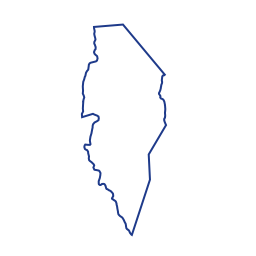 Dugard, Choiseul, Saint Lucia (Equal Earth projection), rotated 169°
{"feature_id": "8701671B45858620723076", "entity_name": "Dugard", "entity_type": "district", "adm_level": 2, "iso_a3": "LCA", "parent_name": "Saint Lucia", "parent_adm1": "Choiseul", "projection": "equal_earth", "projection_center": [-61.028, 13.805], "detail": "fine", "context": "isolated", "style": "outline", "palette": "blue", "viewbox_px": 256, "rotation_deg": 169, "n_neighbors": 0, "source": "geoboundaries", "source_scale": "gbopen_adm2", "svg_char_len": 5122}
<svg xmlns="http://www.w3.org/2000/svg" viewBox="0 0 256 256"><g transform="rotate(169 128 128)"><path d="M144.6,22.3L116.3,73.1L112.7,98.1L90.1,123.6L90.4,124.7L90.4,125.1L90.6,125.7L90.6,125.9L90.7,126.6L90.8,126.8L90.8,127.0L90.9,127.4L90.9,127.6L90.9,128.0L91.0,128.4L90.9,128.7L90.9,129.1L90.9,129.3L90.8,129.7L90.7,129.8L90.6,130.2L90.5,130.3L90.3,130.5L90.0,130.9L89.8,131.0L89.7,131.2L89.5,132.0L89.4,132.1L89.4,132.3L89.2,132.8L89.1,133.3L89.0,134.1L88.9,135.2L88.8,135.7L88.8,135.9L88.7,136.3L88.5,136.9L88.3,137.6L88.2,137.7L88.2,137.9L88.1,138.3L87.9,138.8L87.9,139.1L87.8,139.5L87.7,139.9L87.7,140.1L87.6,140.6L87.6,141.1L87.6,141.3L87.5,141.8L87.4,142.4L87.4,142.8L87.4,143.0L87.4,143.3L87.3,143.5L87.3,143.9L87.3,144.4L87.3,144.6L87.3,144.8L87.3,145.0L87.3,146.1L87.3,146.8L87.4,147.1L87.4,147.3L87.5,147.8L87.6,148.0L87.7,148.5L88.0,149.2L88.1,149.3L88.4,149.6L88.5,149.7L89.0,150.1L89.5,150.4L89.7,150.5L89.8,150.5L90.0,150.8L90.2,151.1L90.3,151.3L90.4,151.5L90.5,151.7L90.5,151.9L90.5,152.1L90.4,152.3L90.2,152.6L90.2,152.8L90.1,153.2L90.2,153.5L90.3,153.9L90.5,154.2L90.7,154.8L90.9,155.1L91.0,155.3L91.0,155.6L91.0,156.0L90.9,156.2L90.9,156.4L90.4,157.0L90.2,157.3L90.0,157.6L89.7,158.0L89.3,158.6L89.1,158.9L88.9,159.4L88.6,160.0L88.4,160.3L88.3,160.6L88.2,160.9L88.1,161.2L88.0,161.4L88.0,161.6L87.9,161.8L87.7,162.3L87.5,162.7L87.4,162.9L87.4,163.1L87.3,163.3L87.1,163.9L86.9,164.2L86.7,164.6L86.5,164.8L86.4,165.0L86.2,165.3L86.1,165.5L85.9,165.9L85.8,166.4L85.8,166.9L85.7,167.0L85.7,167.4L85.7,167.8L85.7,168.4L85.6,168.6L85.6,168.8L85.5,169.0L85.4,169.4L85.3,169.6L85.3,169.8L85.2,170.0L85.0,170.5L84.9,170.8L84.8,171.2L84.8,171.4L84.7,171.6L84.5,171.9L84.5,172.0L84.4,172.2L84.2,172.4L84.1,172.5L83.8,172.8L83.6,172.9L83.2,172.9L82.9,172.8L82.7,172.8L82.2,173.0L81.7,173.3L113.2,230.5L142.1,233.7L142.3,232.3L142.2,229.6L142.4,228.7L143.2,226.9L143.2,225.1L143.0,222.2L143.1,220.9L144.7,218.8L145.0,217.2L144.6,215.9L144.5,214.8L144.3,213.6L144.8,211.6L145.9,210.7L146.3,209.9L146.9,209.0L146.7,207.3L145.9,206.0L144.8,204.7L144.6,204.2L144.6,202.1L145.6,200.1L146.8,199.5L152.2,199.2L153.3,198.8L154.3,197.7L154.8,196.1L155.9,192.9L157.4,191.7L158.7,190.2L159.9,187.3L160.6,186.5L161.8,184.0L163.1,181.9L164.4,177.6L164.7,175.6L165.0,173.2L165.8,170.4L165.3,168.4L165.1,166.4L165.9,165.0L166.8,163.0L166.7,163.0L167.6,159.7L168.6,155.7L168.9,152.8L170.6,150.6L171.0,147.4L159.7,148.6L158.6,147.7L155.9,146.0L154.8,144.9L154.8,143.1L155.5,141.3L157.1,140.6L159.8,139.8L161.6,138.3L162.3,136.8L162.7,135.1L163.5,133.3L164.9,129.7L166.5,126.7L167.8,123.1L167.9,121.6L167.9,119.3L168.6,118.7L169.6,118.9L171.2,119.3L173.1,119.9L173.9,119.1L174.5,117.7L174.3,115.7L173.6,114.9L172.3,114.0L171.7,112.3L171.9,110.9L171.7,107.6L172.3,105.6L172.3,103.9L171.7,102.9L170.3,101.4L168.6,98.9L168.3,97.8L169.5,95.8L169.0,93.6L168.4,93.2L167.2,92.8L164.8,91.8L164.2,91.0L163.6,89.0L164.2,86.9L165.2,84.3L166.9,81.4L167.3,79.2L167.3,78.4L167.2,78.3L167.1,78.1L166.9,77.9L166.7,77.6L166.4,77.4L166.1,77.3L165.6,77.3L165.3,77.5L164.8,77.7L164.5,77.8L164.4,77.9L164.2,77.9L164.1,78.0L163.9,78.0L163.4,77.9L163.2,77.9L162.6,77.8L162.4,77.7L162.1,77.6L161.9,77.4L161.7,77.2L161.5,76.7L161.4,76.4L161.3,76.2L161.2,76.0L161.2,75.8L161.1,75.6L161.1,75.0L161.1,74.8L161.0,74.6L161.0,74.4L161.0,74.0L160.9,73.4L160.9,73.2L160.9,72.8L160.7,72.4L160.6,72.2L160.2,72.0L159.9,71.9L159.6,71.7L159.4,71.4L159.2,71.1L158.8,70.8L158.7,70.6L158.4,70.5L158.3,70.4L158.2,70.3L157.9,70.1L157.7,69.9L157.4,69.7L157.0,69.3L156.9,69.1L156.6,68.9L156.5,68.7L156.4,68.4L156.2,68.1L156.0,67.8L155.9,67.6L155.7,67.3L155.5,66.9L155.4,66.6L155.3,66.4L155.3,66.2L155.3,65.8L155.3,65.6L155.4,65.2L155.4,64.8L155.4,64.5L155.5,64.3L155.5,64.0L155.6,63.8L155.7,63.7L156.0,63.4L156.1,63.2L156.4,62.9L156.6,62.8L157.1,62.1L157.2,61.9L157.2,61.6L156.8,61.2L156.7,61.1L156.5,60.9L156.4,60.9L156.1,60.5L156.0,60.3L155.6,60.0L155.5,59.8L155.2,59.6L154.9,59.3L154.4,58.8L154.2,58.5L154.0,58.1L154.0,57.9L153.9,57.6L153.8,57.1L153.8,56.8L153.8,56.6L153.7,56.2L153.7,55.8L153.8,55.3L153.8,54.3L153.7,53.9L153.7,52.0L153.8,51.8L153.8,51.0L153.8,50.8L153.8,49.7L153.8,49.1L153.8,48.6L153.8,48.3L153.8,48.2L153.8,47.7L153.9,47.4L153.9,46.8L153.9,46.1L153.9,45.6L153.9,45.4L153.8,45.0L153.7,44.8L153.6,44.6L153.4,44.3L153.3,44.1L153.1,43.8L153.0,43.7L152.9,43.5L152.7,43.2L152.2,42.7L151.5,42.0L151.4,41.9L151.1,41.6L150.9,41.4L150.7,41.1L150.5,40.8L150.4,40.4L149.9,39.2L149.8,38.8L149.7,38.6L149.6,38.1L149.5,37.8L149.5,37.7L149.4,37.3L149.4,37.1L149.3,36.7L149.1,36.1L149.1,35.9L149.0,35.7L148.9,35.4L148.8,35.2L148.7,34.8L148.6,34.6L148.6,34.4L148.6,33.9L148.6,33.7L148.6,33.4L148.6,33.2L148.6,32.6L148.6,32.4L148.7,32.2L148.7,31.8L148.7,31.6L148.7,30.9L148.7,30.7L148.7,30.3L148.7,30.1L148.7,29.9L148.6,29.7L148.4,29.4L148.3,29.2L148.2,28.9L147.8,28.5L147.7,28.4L147.6,28.2L147.3,28.1L147.2,27.9L146.9,27.6L146.8,27.4L146.7,27.3L146.5,26.7L146.4,26.5L146.3,26.2L146.3,25.8L146.1,25.1L146.0,24.6L145.9,24.4L145.8,24.2L145.5,23.7L145.3,23.2L145.2,23.0L145.0,22.9L144.8,22.5L144.7,22.4L144.6,22.3Z" fill="none" stroke="#1e3a8a" stroke-width="2"/></g></svg>